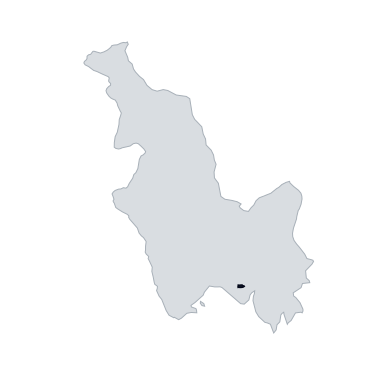 location of Chollima, P'yŏngan-namdo, North Korea, rotated 286°
{"feature_id": "82179303B23985566152661", "entity_name": "Chollima", "entity_type": "district", "adm_level": 2, "iso_a3": "PRK", "parent_name": "North Korea", "parent_adm1": "P'yŏngan-namdo", "projection": "equal_earth", "projection_center": [125.571, 38.952], "detail": "fine", "context": "in_parent", "style": "filled", "palette": "ink", "viewbox_px": 384, "rotation_deg": 286, "n_neighbors": 0, "source": "geoboundaries", "source_scale": "gbopen_adm2", "svg_char_len": 3512}
<svg xmlns="http://www.w3.org/2000/svg" viewBox="0 0 384 384"><g transform="rotate(286 192 192)"><path d="M229.1,282.8L227.7,283.7L225.3,288.2L223.0,293.9L220.9,297.0L218.3,298.7L215.6,299.7L210.2,300.2L205.2,299.8L203.6,299.2L196.9,299.5L195.0,299.9L185.2,299.5L180.1,300.0L176.9,301.1L173.6,303.4L170.8,306.9L168.4,310.6L163.3,317.5L159.7,320.8L159.8,325.6L159.7,327.1L158.4,328.1L158.0,327.7L155.9,327.3L147.6,322.9L140.8,325.6L139.1,329.1L137.3,330.2L134.5,323.4L130.1,323.2L123.0,317.1L120.0,318.4L119.2,320.8L115.4,326.3L110.0,330.9L108.2,331.5L106.2,331.2L106.5,329.9L104.3,324.8L95.8,322.7L92.7,320.5L91.1,320.1L99.5,314.3L101.7,313.3L100.1,312.0L98.3,311.3L91.4,312.2L87.8,310.3L82.6,310.9L79.0,309.4L86.5,303.8L86.9,300.5L86.8,298.0L90.6,290.5L94.4,286.4L104.3,280.6L108.6,279.8L111.7,280.0L114.3,279.5L111.6,277.2L109.0,276.2L103.9,276.4L98.6,273.1L98.1,269.5L108.4,247.3L108.6,245.3L107.0,239.8L106.4,234.6L99.1,231.5L95.9,231.2L86.5,225.3L82.8,222.3L81.3,223.1L81.0,227.9L79.7,228.9L77.2,229.9L76.0,224.5L74.0,220.5L67.8,216.6L65.6,214.4L66.7,209.6L66.1,209.2L67.2,203.9L71.0,199.8L80.4,192.5L82.8,189.1L87.5,185.1L89.6,185.2L91.8,184.8L92.5,183.1L93.0,181.7L94.9,180.5L99.5,178.2L104.6,175.3L108.8,174.5L113.8,170.2L115.9,168.2L117.9,168.2L118.5,167.4L119.7,165.1L121.3,163.6L123.5,163.3L127.1,162.3L131.7,161.6L134.8,158.0L135.9,155.4L137.9,152.5L142.3,149.4L145.3,144.8L148.6,139.7L150.2,138.1L151.7,137.8L152.7,135.9L153.7,130.6L155.2,125.4L156.1,123.0L159.9,120.3L160.9,119.1L161.7,118.6L163.5,119.0L165.9,117.4L168.1,115.7L170.2,116.3L172.3,117.7L174.5,120.6L175.4,122.9L177.2,124.8L177.5,127.5L179.3,128.7L182.9,129.3L188.9,131.2L192.8,131.3L195.0,132.7L199.6,133.5L208.8,132.4L212.6,133.1L214.2,134.8L216.6,136.2L218.1,136.3L220.1,133.9L222.2,130.0L223.6,127.1L223.6,124.8L222.3,122.3L219.2,119.9L217.2,116.3L215.2,112.6L214.1,111.4L213.1,109.6L212.9,106.8L213.6,104.9L218.1,103.7L224.0,102.9L228.8,103.7L236.7,103.2L241.6,102.1L245.2,102.3L248.5,102.3L250.0,100.7L254.5,96.8L256.8,95.5L259.2,92.9L259.5,90.2L260.0,88.0L261.3,85.6L263.7,82.7L265.7,81.4L268.0,81.6L270.5,82.9L272.1,84.3L273.8,83.9L275.2,81.6L276.1,81.2L278.9,81.0L279.8,79.6L280.7,72.9L281.6,67.6L281.8,63.9L284.1,57.9L284.8,54.2L286.2,52.5L287.9,52.6L289.4,53.7L291.2,54.3L293.6,53.7L295.3,54.7L296.4,56.6L299.9,58.0L300.3,59.0L300.3,65.6L302.4,68.7L305.0,71.5L308.6,74.0L310.6,74.6L311.7,76.4L312.9,79.6L315.5,82.6L316.9,84.9L317.2,87.2L318.4,88.5L316.4,90.0L313.7,89.1L309.3,88.6L303.7,93.1L300.6,94.7L298.5,99.2L294.1,101.9L291.7,104.7L288.7,109.6L286.7,114.4L282.1,119.3L279.4,125.4L279.3,130.7L282.5,136.1L282.9,140.7L280.9,150.1L282.3,160.2L281.1,164.1L266.4,171.0L262.6,174.5L257.4,183.4L250.8,186.8L246.7,190.4L241.1,192.6L237.5,198.9L233.5,202.5L228.8,204.7L225.3,207.5L217.3,207.7L211.7,209.7L207.7,214.9L195.7,221.0L194.1,225.6L194.9,232.6L195.1,238.1L194.0,242.5L191.4,241.3L190.0,242.7L188.4,246.9L188.9,251.6L193.1,253.1L196.5,255.0L201.3,256.0L204.9,258.2L212.5,268.1L218.7,272.5L220.3,274.1L223.9,276.3L227.2,279.8L229.1,282.8ZM88.0,234.1L85.7,235.6L85.6,232.9L87.4,230.6L89.2,230.3L88.0,234.1Z" fill="#d9dde1" stroke="#a8b0b8" stroke-width="1"/><path d="M113.0,262.6L113.2,263.0L113.4,263.6L113.4,264.2L113.6,264.9L113.9,265.6L114.1,266.3L114.5,267.0L114.9,267.6L115.8,268.3L115.9,268.2L115.9,267.9L116.0,267.5L115.9,266.9L116.0,266.6L116.2,266.3L116.4,265.9L115.9,264.2L115.7,263.7L115.3,262.9L115.3,262.6L115.3,262.1L113.7,262.3L113.0,262.6Z" fill="#0f172a" stroke="#020617" stroke-width="1.5"/></g></svg>